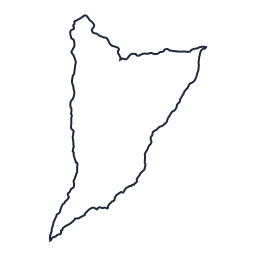 outline of Enciso, Santander, Colombia
{"feature_id": "7082276B96027613653317", "entity_name": "Enciso", "entity_type": "district", "adm_level": 2, "iso_a3": "COL", "parent_name": "Colombia", "parent_adm1": "Santander", "projection": "albers", "projection_center": [-72.688, 6.65], "detail": "fine", "context": "isolated", "style": "outline", "palette": "slate", "viewbox_px": 256, "rotation_deg": 0, "n_neighbors": 0, "source": "geoboundaries", "source_scale": "gbopen_adm2", "svg_char_len": 5651}
<svg xmlns="http://www.w3.org/2000/svg" viewBox="0 0 256 256"><path d="M82.2,216.4L82.4,216.2L84.2,215.4L84.8,214.9L85.0,214.4L85.2,213.4L86.0,212.7L86.5,212.0L87.3,211.2L88.6,210.0L89.8,209.0L92.0,207.9L92.6,207.7L93.8,207.7L94.6,208.0L96.1,209.0L97.0,209.4L97.3,209.2L97.7,208.4L98.1,207.9L99.2,207.4L99.7,207.3L100.1,207.3L102.5,208.1L103.0,208.1L103.7,207.7L104.3,207.6L106.3,208.0L107.3,208.5L107.6,208.4L107.8,208.0L108.0,206.4L108.3,205.8L109.4,204.0L110.5,203.2L111.7,201.7L112.1,201.5L113.3,201.1L113.9,200.7L114.4,200.1L114.7,199.1L114.7,198.2L114.8,197.7L115.8,195.9L116.6,195.0L118.3,193.9L118.9,193.3L119.8,192.9L120.7,192.1L121.4,192.1L122.4,192.5L123.0,192.5L123.4,192.3L123.9,191.5L124.5,190.2L125.6,188.6L126.3,187.8L126.9,187.5L128.5,186.9L129.3,186.1L131.5,185.8L131.8,185.5L131.9,185.2L132.2,184.8L132.5,184.7L133.8,184.8L134.2,184.6L134.6,183.5L135.1,183.1L136.3,182.5L136.6,182.1L137.0,181.5L136.7,180.1L136.8,179.6L137.0,178.7L137.4,178.0L138.0,177.1L138.7,176.3L139.9,174.6L140.5,173.1L140.9,172.7L141.4,172.4L142.5,171.3L143.3,170.6L144.0,169.9L144.7,168.9L144.8,167.8L145.5,164.6L145.1,163.4L144.7,162.7L145.1,156.3L144.8,154.4L144.8,153.8L147.7,148.9L148.5,146.7L149.0,145.7L149.7,144.8L150.2,144.6L150.7,143.9L151.1,143.1L151.4,142.2L151.4,141.5L150.7,139.2L150.6,138.5L150.7,137.5L150.9,137.0L152.2,135.4L152.4,134.7L152.6,132.8L152.8,132.2L153.7,131.3L156.3,129.9L156.7,129.6L158.6,127.6L159.4,127.0L159.9,126.7L161.7,126.1L163.3,125.2L166.4,122.3L166.9,121.5L167.8,118.4L168.9,116.8L170.6,113.9L171.9,112.0L172.4,111.5L173.6,111.0L174.7,110.3L175.8,108.8L176.5,107.4L176.9,105.3L177.2,104.5L177.7,103.8L178.2,103.2L179.5,102.2L179.7,101.8L180.2,99.4L180.6,98.6L181.3,97.5L181.8,96.4L183.5,93.8L184.0,92.5L184.6,91.1L187.8,87.7L188.0,87.4L188.1,86.8L188.7,85.6L189.1,84.8L189.8,83.9L190.4,83.3L191.4,83.0L192.4,82.4L193.8,81.4L194.9,80.0L196.1,77.5L196.7,75.4L197.1,74.5L197.2,73.4L197.8,71.9L198.5,69.6L198.6,67.2L198.9,64.8L198.6,63.2L198.6,61.5L198.9,60.2L199.2,57.0L200.7,51.3L201.2,50.5L201.9,49.6L202.5,49.2L204.8,48.5L205.2,48.3L205.8,47.8L206.0,47.4L206.1,47.1L204.5,46.8L203.2,46.7L201.3,46.8L200.4,47.1L199.8,47.1L198.4,47.8L196.6,48.5L194.1,48.8L191.8,49.7L190.9,50.4L190.2,51.4L189.0,51.8L187.1,51.8L184.1,51.5L179.1,51.6L178.0,51.4L177.2,51.6L176.3,51.2L175.7,51.3L174.4,51.2L171.6,50.7L170.1,50.6L169.5,50.4L168.8,49.7L167.7,49.2L167.2,49.0L166.3,49.1L165.0,49.4L164.5,49.7L164.2,50.3L163.9,50.9L163.7,51.2L162.0,51.9L160.3,52.0L160.0,52.2L158.1,53.5L157.3,53.8L156.4,54.0L154.2,54.1L151.7,53.1L150.8,53.0L149.7,53.2L148.6,53.6L146.7,53.8L146.3,53.8L145.2,53.5L144.2,53.5L143.0,53.8L140.4,54.8L139.4,55.5L138.7,55.8L136.9,55.5L136.3,55.0L136.2,54.4L135.6,54.0L133.7,53.8L132.7,53.8L131.9,54.0L130.7,54.4L129.9,55.1L127.3,58.5L126.5,59.0L125.7,59.3L124.9,59.3L123.3,58.7L122.2,58.5L121.7,58.6L121.0,59.3L120.2,59.7L120.4,59.0L120.4,57.6L119.1,54.7L118.2,53.4L117.8,52.3L117.9,51.3L118.8,50.1L118.9,49.6L118.8,48.9L118.1,47.9L117.3,47.4L114.3,46.4L112.8,46.1L111.5,45.4L111.0,45.1L109.7,43.6L107.8,39.6L106.9,38.4L106.3,37.8L105.6,37.6L103.7,37.5L102.6,36.9L99.8,35.9L98.7,35.2L97.1,33.9L96.3,33.6L94.2,33.2L93.0,32.5L92.3,31.7L91.9,30.9L91.8,29.8L92.4,28.8L93.2,27.8L94.0,26.3L94.2,25.4L94.1,24.8L93.4,23.6L93.1,23.2L91.9,21.9L90.0,20.4L89.2,19.4L87.6,17.1L86.7,16.0L85.6,15.4L85.0,15.4L84.5,15.5L80.0,18.5L76.0,20.7L75.3,21.0L74.7,21.2L74.5,21.3L74.3,21.8L74.6,22.6L74.5,23.5L74.2,24.3L73.4,25.0L73.3,25.3L73.3,26.3L73.9,27.2L74.1,27.7L73.9,28.7L73.8,28.9L72.5,29.5L72.1,29.8L71.4,30.1L70.8,30.5L70.5,31.0L70.2,32.1L70.3,34.7L71.0,36.7L71.1,37.9L71.3,38.3L71.6,38.5L73.4,39.5L73.6,39.7L73.8,40.2L73.9,41.0L74.5,44.1L74.5,45.4L74.2,46.4L73.7,47.6L73.0,48.6L72.4,50.0L71.7,51.0L71.5,51.7L71.5,52.3L71.8,53.0L73.1,54.7L74.3,57.1L75.7,61.4L75.8,62.6L75.7,63.6L75.4,64.4L75.1,66.3L74.1,73.9L73.5,74.9L73.0,75.3L72.8,75.7L72.3,78.6L72.0,79.9L72.0,82.5L72.8,85.1L73.3,86.3L73.7,89.8L74.1,90.6L74.3,91.9L74.3,92.9L74.2,94.6L73.3,97.8L73.1,98.3L72.2,99.7L71.2,100.8L70.8,101.5L70.5,102.8L70.3,104.6L70.3,105.7L70.7,107.1L71.3,108.3L71.5,109.4L71.3,111.9L71.0,113.5L71.7,115.1L71.8,115.8L71.8,116.2L71.3,117.6L71.3,120.0L71.2,121.5L71.4,123.4L71.0,126.2L71.1,127.8L71.3,128.8L71.6,129.1L73.1,130.3L73.5,131.0L73.6,131.6L73.6,132.2L73.2,132.8L73.2,134.5L73.0,135.7L72.8,136.1L72.7,137.5L73.0,139.9L73.3,141.2L73.4,142.8L73.4,144.6L73.8,146.9L73.3,147.9L73.1,148.5L73.1,150.1L72.7,150.8L72.7,151.3L73.7,152.5L73.6,154.5L73.9,156.1L74.5,157.9L74.9,159.6L75.8,161.4L75.8,162.4L76.2,162.7L77.0,162.8L77.4,163.4L77.5,164.6L77.1,166.8L77.2,168.9L77.1,171.9L76.9,172.7L76.2,173.9L76.0,174.8L75.9,175.7L75.4,176.4L75.2,177.2L74.7,178.8L73.9,180.1L73.7,180.9L73.7,181.9L74.0,184.0L74.0,185.2L73.9,186.4L73.7,187.1L72.9,187.9L71.1,188.9L70.9,189.3L70.3,190.7L69.6,192.0L69.2,192.5L68.1,193.3L67.7,194.2L67.7,194.5L68.0,195.6L68.7,196.6L68.8,197.2L68.5,197.9L67.3,199.7L65.0,201.7L64.6,202.8L64.2,203.3L63.0,204.0L62.5,204.6L61.1,207.7L60.8,208.8L60.4,209.7L59.9,211.8L59.7,212.3L59.0,213.2L57.1,214.3L56.7,214.8L56.2,216.6L55.3,218.2L54.8,219.8L53.8,221.6L53.5,222.4L53.3,223.7L52.8,225.9L51.9,228.1L51.7,229.7L51.6,231.7L51.0,232.9L51.0,233.6L50.7,234.3L50.0,235.9L50.1,236.3L49.9,238.5L50.0,239.0L50.3,239.8L50.2,240.6L50.7,240.4L51.8,238.4L52.7,237.4L53.1,237.2L55.5,236.6L55.9,236.3L56.3,235.8L57.0,235.2L58.1,234.6L59.0,234.3L60.2,234.2L60.5,234.0L61.1,233.0L60.9,230.7L61.1,230.4L61.3,230.3L62.1,230.3L62.4,230.0L62.5,229.7L62.6,228.5L62.9,228.0L65.6,226.1L70.4,223.5L71.5,222.6L74.0,220.3L74.6,219.6L75.0,218.7L75.6,218.5L78.4,218.4L79.2,218.1L80.6,217.1L82.2,216.4Z" fill="none" stroke="#1e293b" stroke-width="2"/></svg>